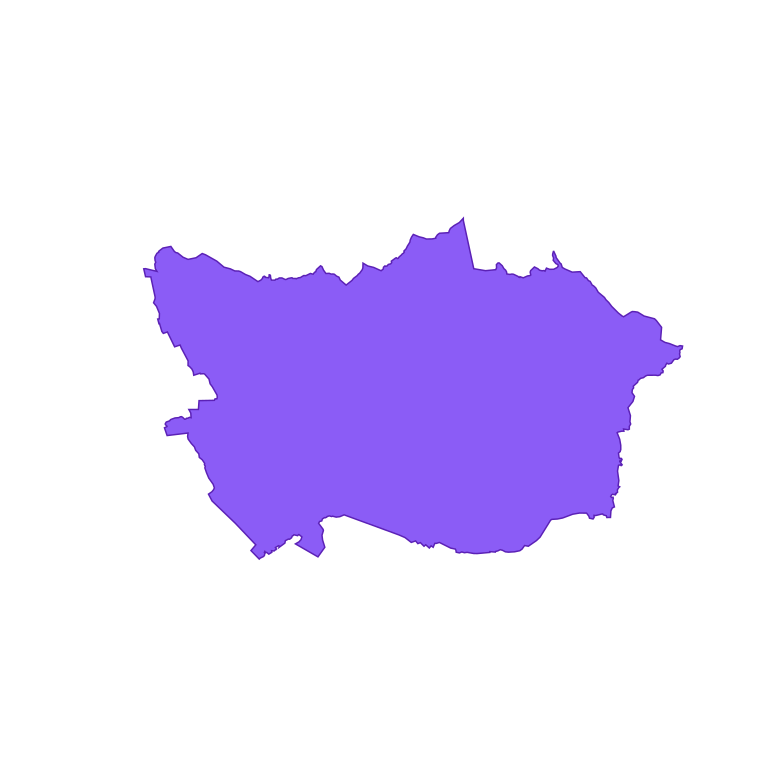 the district of Pomezeu, Bihor, Romania, rotated 37°
{"feature_id": "2599482B80861460675946", "entity_name": "Pomezeu", "entity_type": "district", "adm_level": 2, "iso_a3": "ROU", "parent_name": "Romania", "parent_adm1": "Bihor", "projection": "robinson", "projection_center": [22.3, 46.795], "detail": "fine", "context": "isolated", "style": "filled", "palette": "violet", "viewbox_px": 768, "rotation_deg": 37, "n_neighbors": 0, "source": "geoboundaries", "source_scale": "gbopen_adm2", "svg_char_len": 6158}
<svg xmlns="http://www.w3.org/2000/svg" viewBox="0 0 768 768"><g transform="rotate(37 384 384)"><path d="M435.0,550.0L428.9,545.6L425.5,542.1L423.8,537.5L422.8,536.7L415.6,534.6L415.3,532.6L416.7,530.8L416.0,528.8L416.9,526.5L417.5,526.3L418.4,524.8L418.3,524.1L419.7,522.2L421.9,521.4L422.5,520.5L425.9,519.1L428.6,516.5L430.9,512.5L486.9,495.5L493.2,494.0L501.1,494.1L503.7,490.3L507.1,491.1L508.5,488.8L513.6,489.5L514.1,487.3L518.9,487.7L519.0,484.9L521.5,484.8L520.5,480.7L521.8,479.7L523.6,477.2L536.1,474.9L540.3,472.9L541.5,473.5L542.9,474.9L545.9,473.5L547.2,471.3L549.7,470.4L551.7,468.4L557.6,465.4L560.4,463.4L569.9,454.8L569.4,454.2L574.1,451.2L573.9,450.6L575.4,448.7L576.5,446.4L578.7,445.5L581.9,445.0L584.6,443.4L589.3,439.4L592.8,435.4L593.6,432.8L593.5,428.4L596.9,426.7L600.0,417.3L600.8,412.4L599.0,392.5L599.5,391.1L603.8,387.4L607.3,383.5L613.1,374.4L617.8,369.4L623.5,365.2L627.2,366.3L628.9,367.5L632.2,366.0L632.1,364.1L630.8,362.5L632.1,361.8L636.1,356.9L636.9,356.2L638.0,356.5L640.8,355.4L642.3,356.5L645.2,354.3L641.6,348.8L640.9,345.6L642.0,343.5L636.9,339.4L635.8,337.1L635.0,336.6L634.2,337.6L632.8,337.5L632.5,335.5L632.9,334.5L635.5,333.3L635.4,332.0L634.9,332.0L635.7,330.0L634.1,328.1L633.8,325.3L634.1,324.3L632.3,324.5L629.7,319.8L622.9,313.0L620.2,307.8L621.4,306.4L622.5,306.5L622.8,305.9L622.2,305.5L622.5,305.1L618.9,304.0L618.6,303.0L619.8,302.8L619.3,302.1L619.7,301.4L619.4,300.9L618.3,300.6L616.8,301.6L615.7,301.0L612.8,298.0L613.3,295.9L612.5,293.8L609.9,290.4L605.5,286.3L599.5,282.6L599.9,281.4L602.2,278.7L604.0,277.3L602.4,275.8L606.4,273.7L607.1,272.4L605.4,270.2L605.1,267.5L603.1,266.1L599.9,261.0L593.1,256.1L593.3,248.1L591.5,243.1L587.3,241.7L585.7,239.0L585.7,236.9L584.4,235.7L585.5,230.1L584.7,227.9L585.2,227.2L585.5,225.1L587.4,222.8L588.1,220.2L589.1,218.5L595.5,213.6L597.7,212.4L599.0,210.6L598.7,208.3L599.9,207.1L599.1,205.6L597.1,204.9L598.1,200.5L597.6,199.5L597.4,197.2L599.2,196.8L601.0,194.4L600.9,190.0L601.9,188.6L603.4,187.7L604.0,186.0L604.1,184.0L601.9,182.1L601.5,180.9L600.2,179.6L599.9,178.2L600.9,176.5L599.6,174.0L597.3,175.2L596.0,177.4L594.3,178.1L587.7,179.9L583.3,181.7L578.3,182.3L571.6,171.7L563.3,169.4L560.8,169.1L550.8,173.2L543.4,173.9L540.5,175.5L538.7,176.7L538.0,178.0L534.9,186.1L533.2,186.4L528.6,186.3L519.2,185.0L514.6,183.7L510.4,183.1L508.0,182.2L499.9,181.8L495.2,179.8L492.4,179.5L490.7,179.7L486.9,178.0L485.0,178.4L481.9,177.4L480.6,178.1L473.1,176.2L467.0,181.4L459.1,183.3L456.2,183.6L453.2,181.5L451.9,181.5L445.3,179.4L444.4,178.4L439.8,175.9L439.5,176.2L440.5,178.7L441.3,179.9L443.6,181.3L444.7,183.4L448.8,184.4L451.0,184.0L452.2,185.0L452.2,186.7L450.5,190.2L447.3,192.7L444.0,193.7L444.7,197.0L443.5,197.1L442.2,198.4L439.8,199.5L437.6,199.3L433.7,200.0L432.9,205.2L433.4,206.7L435.6,208.6L435.3,209.6L433.6,211.3L431.3,215.4L428.0,216.5L428.3,217.2L427.3,217.6L426.3,217.4L421.4,218.4L420.0,219.2L418.6,220.7L415.9,222.2L414.4,220.7L412.6,219.9L410.3,219.7L407.3,218.4L403.1,218.0L402.2,218.7L401.9,221.0L404.0,223.5L404.4,225.5L396.9,232.4L386.3,237.9L349.0,205.7L347.6,203.9L347.0,209.7L344.7,215.1L343.4,219.8L343.8,222.1L344.6,224.2L337.6,230.2L336.9,232.6L337.0,235.7L337.6,236.4L335.1,239.2L330.6,242.7L327.4,243.6L323.5,245.3L317.4,246.9L317.6,250.2L318.3,253.2L319.3,255.1L319.7,259.8L320.3,262.7L319.9,265.9L320.8,266.4L320.8,267.9L320.3,269.0L320.2,270.7L319.6,273.4L319.7,275.2L319.1,275.8L318.0,275.7L317.5,276.3L315.9,281.5L317.1,282.5L317.0,284.1L315.5,285.9L315.4,287.9L314.4,289.1L313.7,289.1L313.3,291.0L314.2,292.7L313.5,295.3L305.6,297.1L300.0,299.5L294.5,300.1L297.2,303.9L297.8,305.6L297.9,310.0L297.4,311.9L297.4,313.5L296.1,318.0L296.1,320.5L294.2,327.8L286.5,327.3L283.7,325.8L281.1,326.4L278.4,326.2L277.1,326.8L275.7,328.0L273.6,328.6L271.1,330.7L267.3,329.5L263.8,327.6L262.2,327.8L261.2,333.2L261.9,335.5L261.3,336.5L261.3,339.0L258.7,340.0L256.4,344.5L254.6,345.7L253.1,349.4L251.9,350.5L250.6,352.7L250.4,352.6L247.6,354.6L246.6,354.5L245.9,355.2L243.9,357.4L243.0,359.3L242.2,360.0L238.7,360.7L236.5,362.4L235.7,364.6L234.6,365.2L234.4,366.7L231.6,368.8L229.9,367.7L228.0,365.7L227.1,365.5L226.6,365.9L227.7,367.7L227.9,368.6L224.9,370.3L224.4,369.8L223.4,370.0L222.9,371.7L223.4,372.8L223.1,375.3L221.7,378.1L212.2,378.6L207.6,379.9L201.8,380.6L200.0,381.2L196.8,383.5L192.0,384.5L185.9,387.0L176.5,386.5L163.7,388.2L160.3,389.2L157.9,396.3L152.5,402.4L147.2,403.7L140.4,403.5L138.7,404.3L136.8,404.3L131.0,402.4L125.6,408.5L124.3,413.2L124.3,414.0L124.8,414.3L124.0,416.3L124.5,419.8L125.0,421.1L126.9,423.2L128.4,424.1L128.8,426.2L132.1,429.6L134.9,430.7L124.1,435.4L122.8,436.6L129.0,441.8L133.3,438.8L149.0,452.4L149.9,453.8L151.1,457.8L155.6,458.9L162.2,462.8L165.3,467.2L164.2,468.3L168.0,471.3L168.3,470.8L174.9,475.7L177.3,476.4L179.7,472.8L194.4,480.3L197.7,475.6L200.4,477.2L213.6,483.4L216.4,487.2L218.2,487.1L221.6,487.7L224.3,489.1L226.8,491.5L230.6,486.1L231.3,486.4L233.8,484.3L234.8,484.0L241.3,485.4L245.0,488.5L248.5,489.5L257.3,493.3L258.8,494.9L259.4,496.4L258.0,497.6L258.4,499.1L246.3,508.6L251.1,516.0L243.5,521.8L247.2,523.5L250.2,527.0L248.7,527.7L247.9,529.4L246.8,530.3L246.8,531.3L246.0,532.1L243.3,531.8L242.0,531.9L241.1,532.7L240.3,534.4L237.5,536.9L235.3,540.3L235.0,541.0L234.9,542.5L233.0,545.4L233.2,547.3L233.8,548.0L235.8,548.2L236.3,548.6L235.0,551.1L241.8,555.7L257.0,541.1L258.8,544.2L260.8,545.9L266.0,547.5L270.4,548.3L273.5,550.3L278.1,551.2L280.7,553.8L284.4,553.9L288.5,555.3L289.1,556.5L290.8,557.3L291.4,558.8L295.7,561.7L300.7,564.6L307.9,566.9L311.1,569.1L311.5,571.2L311.4,573.6L310.1,577.6L317.1,580.9L349.0,584.7L378.4,589.6L378.0,597.1L389.7,598.9L389.9,597.6L391.6,594.3L391.7,592.9L391.0,591.5L390.9,590.8L389.8,590.5L389.6,589.4L391.0,589.8L391.6,589.1L394.4,589.2L395.7,585.9L394.5,584.8L396.7,583.5L397.1,581.6L397.4,581.4L397.4,580.5L395.7,579.9L397.1,576.6L398.1,576.4L398.5,577.7L400.6,570.7L399.5,568.5L401.0,565.4L402.1,564.7L402.7,562.4L402.2,560.4L402.8,559.5L402.8,558.6L406.3,557.1L406.4,555.7L406.7,555.4L410.4,555.5L411.4,558.3L411.1,561.2L409.5,565.0L435.3,561.8L435.0,550.0Z" fill="#8b5cf6" stroke="#5b21b6" stroke-width="1.5"/></g></svg>